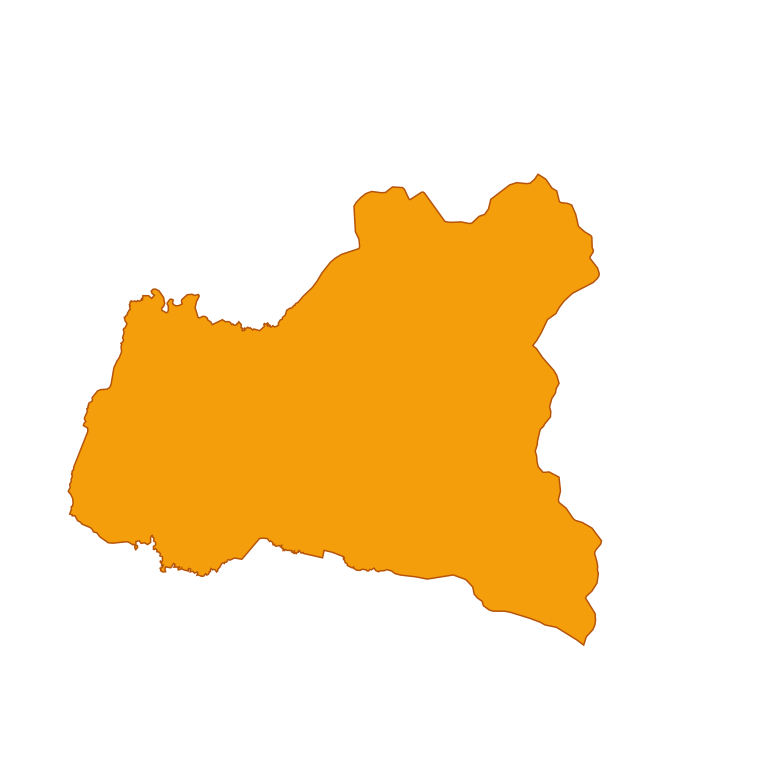 outline of Phu Sang, Phayao, Thailand, rotated 18°
{"feature_id": "78962969B43087545511477", "entity_name": "Phu Sang", "entity_type": "district", "adm_level": 2, "iso_a3": "THA", "parent_name": "Thailand", "parent_adm1": "Phayao", "projection": "robinson", "projection_center": [100.319, 19.641], "detail": "fine", "context": "isolated", "style": "filled", "palette": "amber", "viewbox_px": 768, "rotation_deg": 18, "n_neighbors": 0, "source": "geoboundaries", "source_scale": "gbopen_adm2", "svg_char_len": 6170}
<svg xmlns="http://www.w3.org/2000/svg" viewBox="0 0 768 768"><g transform="rotate(18 384 384)"><path d="M654.6,570.6L654.5,561.9L658.6,553.0L659.0,548.0L658.3,543.6L655.7,537.1L641.8,525.3L642.1,523.3L645.8,516.5L648.1,507.5L646.4,498.0L644.4,494.9L643.6,491.5L641.4,487.2L636.5,479.9L636.7,476.5L639.6,469.2L639.3,465.9L626.4,456.8L615.3,454.4L608.1,454.6L605.6,453.6L595.5,445.8L587.1,442.6L585.6,440.2L584.9,431.2L579.2,418.5L568.3,416.6L562.7,418.9L556.3,415.1L553.6,410.7L551.4,405.3L548.6,401.3L548.5,394.3L547.6,390.7L546.7,380.2L546.8,378.5L548.8,375.0L549.1,372.5L552.5,364.0L551.2,358.8L548.5,354.5L548.1,345.9L549.8,339.6L549.2,335.2L550.3,329.3L545.5,322.3L541.1,318.5L526.2,309.6L518.3,303.4L513.6,301.4L515.7,295.7L517.7,286.8L519.6,272.2L525.7,263.9L527.0,257.1L529.7,249.3L535.2,239.5L551.6,222.8L554.3,217.7L555.0,214.7L554.6,212.5L551.3,207.8L541.2,200.9L540.7,199.5L542.1,193.8L541.8,192.2L539.8,189.9L536.3,180.1L534.9,178.9L528.0,177.3L520.2,174.0L513.9,163.4L507.2,155.8L502.7,155.5L496.3,156.8L494.4,156.3L488.6,147.0L483.2,145.8L474.6,139.2L465.7,136.9L463.9,142.9L461.0,147.8L457.7,149.4L448.0,151.5L442.0,155.8L428.5,175.4L429.3,185.2L427.3,191.6L422.6,195.2L418.0,203.7L415.6,205.0L407.4,206.0L397.6,209.6L393.0,210.6L391.3,210.3L363.4,189.8L361.9,189.4L360.5,190.0L351.8,200.6L350.4,200.2L343.3,192.5L340.9,191.5L331.1,194.0L326.3,201.3L322.5,202.9L312.8,204.7L307.9,208.5L304.3,213.9L301.5,219.9L300.5,224.2L309.8,248.1L315.4,254.0L318.4,260.9L318.3,263.0L303.5,273.9L298.6,279.6L295.4,284.8L290.7,297.5L288.6,306.8L286.1,314.2L280.0,325.6L277.0,332.9L275.0,335.1L275.2,336.3L274.0,337.1L272.8,340.3L271.3,340.8L268.7,343.9L268.8,349.0L266.9,352.0L267.2,354.0L265.6,355.1L264.7,358.7L265.5,360.7L263.7,362.6L262.2,363.6L260.3,362.9L259.3,364.6L257.6,364.7L257.7,363.5L256.8,363.2L255.4,364.9L254.9,364.5L255.2,362.2L254.5,361.9L253.4,363.6L251.5,363.4L251.3,364.5L252.5,366.1L249.2,371.7L243.2,371.9L242.4,373.2L239.5,371.9L238.7,372.5L236.9,372.1L235.5,374.0L234.2,373.9L235.0,375.8L233.2,377.1L232.4,376.8L232.9,374.9L230.6,374.5L229.8,371.5L226.7,369.7L226.4,371.3L225.6,371.7L225.7,373.2L223.1,374.4L221.6,373.6L220.6,374.5L219.3,373.2L217.1,372.6L214.0,373.8L210.4,372.8L202.4,380.6L200.0,378.5L196.6,377.5L195.4,375.8L193.0,375.1L191.0,375.5L188.1,378.1L186.8,378.3L180.8,369.9L180.2,363.9L181.1,357.4L179.8,356.2L176.7,358.3L173.6,358.0L169.2,360.0L165.6,366.4L165.9,368.2L167.4,370.1L164.6,372.9L161.9,373.9L159.5,373.7L157.8,372.3L157.6,369.3L155.9,368.9L154.3,369.6L152.8,373.9L153.1,375.0L154.6,376.2L156.0,380.1L156.1,382.3L155.1,383.5L150.1,382.7L149.2,380.3L150.3,378.7L150.6,375.3L147.5,369.7L141.3,365.0L137.6,364.3L135.1,365.2L133.9,367.6L135.5,369.6L138.2,370.6L136.6,374.4L132.9,372.8L127.4,374.5L128.2,377.6L127.1,377.5L126.9,378.3L127.9,379.1L126.3,380.0L126.2,380.9L123.8,380.8L123.1,382.3L121.4,382.0L119.6,383.3L117.9,383.0L117.2,384.5L117.6,384.9L117.3,387.3L118.5,387.9L118.0,388.7L119.7,391.7L118.9,392.3L118.1,396.2L118.6,397.4L117.4,398.9L117.4,400.2L116.4,400.8L118.2,403.9L121.0,406.1L120.4,410.7L119.4,411.5L119.3,412.9L120.9,415.4L121.1,420.9L122.8,422.8L122.3,425.3L121.2,426.6L122.3,427.5L122.3,429.5L124.5,434.6L124.0,441.2L123.0,444.4L122.1,452.0L124.5,468.4L124.2,471.9L122.4,474.4L116.3,476.9L113.7,479.1L110.6,487.4L111.5,488.9L111.6,490.7L109.5,493.0L109.1,494.5L109.7,495.4L109.2,496.8L110.0,498.0L109.0,499.4L110.4,501.7L109.6,508.3L110.0,510.1L112.0,511.8L110.9,514.0L110.9,516.4L115.8,517.5L117.0,520.7L114.6,558.6L115.2,562.0L114.5,562.6L114.5,564.2L115.1,565.8L114.6,566.2L116.1,567.9L115.9,571.6L116.7,573.3L116.1,576.7L117.5,579.0L116.9,583.7L120.3,585.9L123.4,589.2L125.3,593.9L125.3,596.6L124.5,597.3L125.4,599.9L125.3,604.9L127.8,604.7L128.2,605.7L130.8,604.8L134.8,608.6L138.2,609.3L140.2,610.6L149.0,611.3L151.8,612.6L153.2,614.4L156.9,614.3L161.1,617.2L170.9,620.2L175.2,619.2L187.8,613.6L190.2,613.4L194.8,614.5L195.4,613.9L196.9,614.3L197.6,616.9L199.1,618.3L200.2,615.6L199.4,613.9L197.9,614.2L196.8,610.5L199.6,608.7L202.2,610.6L205.4,609.0L208.7,609.8L211.0,606.8L209.5,602.2L209.9,600.0L210.6,599.6L211.4,601.2L213.0,601.8L213.4,604.5L215.3,604.9L216.4,606.7L216.4,607.8L214.9,609.7L215.8,612.5L216.6,612.5L217.7,611.1L219.5,612.2L219.7,613.7L221.7,613.4L223.9,614.6L223.9,616.7L226.6,616.8L228.0,620.8L227.5,621.8L226.1,621.5L226.2,622.5L228.7,623.9L228.6,625.4L230.1,624.6L230.0,626.6L228.0,628.4L228.9,628.9L229.2,630.6L231.8,631.1L234.3,630.0L232.9,628.0L232.9,625.4L238.0,624.7L239.4,619.6L241.4,620.6L240.6,623.1L245.7,621.5L246.6,620.5L245.1,623.1L245.8,624.4L247.9,623.1L248.5,621.5L249.0,622.3L250.8,622.6L255.7,622.4L255.8,621.6L254.9,620.7L255.6,619.6L257.2,619.7L257.7,622.6L260.0,621.2L262.1,622.4L264.6,620.5L265.2,620.9L265.2,623.7L266.3,623.0L269.9,623.3L271.8,622.5L273.1,619.5L274.4,620.5L275.8,619.2L276.1,616.5L276.9,616.0L276.3,615.1L276.4,613.0L278.2,613.8L278.8,613.0L280.9,612.9L282.8,614.5L283.6,613.3L283.2,611.7L284.5,608.8L285.0,605.4L286.1,603.8L287.7,604.0L287.6,602.8L289.3,602.0L289.9,599.3L292.1,599.0L295.5,595.7L303.0,594.6L313.4,569.4L316.4,568.0L320.9,567.1L323.9,569.1L324.8,568.3L326.9,569.1L328.2,571.2L329.5,570.4L329.7,571.2L331.4,571.7L334.8,569.8L335.7,570.8L336.6,569.3L337.0,571.0L338.1,572.0L338.9,571.7L339.6,573.5L340.5,572.4L341.0,572.8L341.1,571.9L343.1,572.2L347.6,570.9L347.8,572.1L349.0,572.4L350.2,570.7L350.3,572.8L351.0,572.9L351.8,571.7L352.9,572.5L353.5,571.0L354.4,570.6L354.2,569.3L354.8,568.5L357.4,570.4L359.1,569.2L359.8,570.0L379.3,568.3L378.4,560.7L386.8,560.0L398.7,560.7L399.1,561.8L399.4,561.1L400.1,561.7L399.8,563.3L401.2,564.1L402.3,565.9L404.4,566.3L405.3,568.0L410.4,568.7L411.6,567.5L411.8,568.5L415.2,569.5L418.8,568.7L420.5,566.9L424.7,566.2L425.5,567.0L427.2,566.5L427.8,564.7L429.5,564.5L431.5,562.2L433.9,564.0L437.1,564.2L437.8,563.0L441.9,561.5L444.0,559.7L449.0,559.5L452.8,560.9L458.7,560.6L474.3,557.5L485.3,556.2L508.9,544.2L521.8,544.7L524.1,545.7L531.2,549.7L534.6,555.9L539.1,558.7L544.4,560.3L547.1,564.2L553.8,566.4L558.0,566.3L569.0,562.8L574.7,562.1L595.2,561.8L606.6,562.3L611.4,563.4L623.2,562.1L646.4,567.8L654.6,570.6Z" fill="#f59e0b" stroke="#b45309" stroke-width="1.5"/></g></svg>